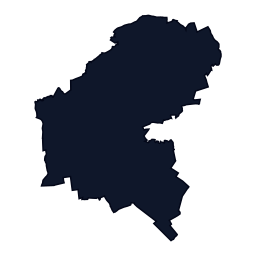 outline of Abram, Bihor, Romania
{"feature_id": "2599482B62874719700272", "entity_name": "Abram", "entity_type": "district", "adm_level": 2, "iso_a3": "ROU", "parent_name": "Romania", "parent_adm1": "Bihor", "projection": "albers", "projection_center": [22.416, 47.314], "detail": "fine", "context": "isolated", "style": "filled", "palette": "ink", "viewbox_px": 256, "rotation_deg": 0, "n_neighbors": 0, "source": "geoboundaries", "source_scale": "gbopen_adm2", "svg_char_len": 5656}
<svg xmlns="http://www.w3.org/2000/svg" viewBox="0 0 256 256"><path d="M177.2,234.5L169.9,225.6L171.4,224.1L169.3,220.3L177.6,215.6L180.0,213.9L180.0,212.3L179.2,211.1L178.4,210.7L182.3,196.2L187.1,189.0L187.8,188.0L188.4,187.7L188.8,186.7L182.6,181.1L175.9,176.7L178.3,173.0L170.7,168.1L175.6,160.8L175.4,160.5L173.8,152.8L173.5,151.4L173.2,150.8L173.2,150.4L173.4,150.1L173.9,149.9L174.2,149.6L174.2,149.4L173.5,148.7L173.3,148.3L173.3,147.7L173.5,147.2L173.5,146.5L173.0,144.6L173.2,144.3L173.0,142.4L171.0,139.9L170.3,140.2L169.7,141.1L168.8,141.7L168.3,141.6L167.4,141.0L165.1,140.4L164.6,140.5L164.4,140.7L164.3,141.2L164.6,142.2L164.5,142.6L164.3,142.8L164.0,143.0L163.6,142.9L163.0,142.4L161.5,142.2L161.0,142.0L160.7,141.6L160.0,143.2L159.5,143.4L159.1,143.3L158.3,142.8L158.5,141.5L157.0,141.1L156.8,141.1L156.0,142.3L155.4,142.4L155.0,141.8L154.9,141.6L154.9,140.2L155.1,139.8L154.8,139.6L152.8,139.4L151.9,139.4L151.4,140.0L150.3,140.7L149.2,140.9L149.0,141.0L148.8,142.3L148.4,142.6L148.0,142.6L146.3,141.7L144.9,141.2L147.0,140.1L145.4,138.5L143.9,135.9L146.2,132.9L148.6,129.7L148.9,129.1L145.8,129.3L144.1,130.1L142.5,127.0L144.6,126.0L149.4,124.1L150.1,123.7L150.2,123.2L151.5,122.4L153.2,122.2L157.8,122.9L159.1,122.8L160.4,122.9L162.3,123.3L163.5,120.1L164.8,120.3L164.9,119.9L167.8,119.5L170.7,118.2L171.5,118.4L170.5,115.8L170.9,115.4L170.9,115.0L175.8,115.0L175.9,115.8L175.8,116.6L175.6,117.1L175.6,117.7L175.8,118.0L176.2,117.3L177.2,116.8L178.4,115.9L178.9,114.7L179.2,113.8L181.8,111.7L182.4,110.8L182.2,110.0L182.2,108.0L181.8,107.4L181.5,106.2L182.3,105.8L184.8,105.3L186.1,104.7L191.3,104.1L195.4,103.7L197.8,103.8L198.9,104.2L199.4,103.4L199.5,102.1L200.2,99.4L194.6,100.0L193.3,99.4L193.3,98.6L195.6,91.0L208.2,86.9L206.7,82.1L206.2,79.9L204.4,75.6L206.5,73.4L207.4,75.4L208.3,74.4L211.0,70.0L211.7,70.2L211.5,68.8L210.8,66.8L211.5,65.3L212.4,64.6L212.9,65.4L212.9,66.0L213.1,66.1L215.5,63.8L216.3,64.9L216.8,65.1L218.4,65.0L218.9,64.5L219.3,63.6L220.2,58.9L221.0,56.5L221.0,54.0L220.5,52.2L220.6,51.8L219.9,50.5L219.5,50.1L218.8,49.8L218.4,49.3L218.3,48.5L218.8,47.5L218.9,45.8L218.8,45.2L218.9,44.4L218.6,43.6L217.0,41.7L215.1,40.4L213.4,38.3L212.3,35.7L211.1,33.9L210.7,33.1L210.2,30.7L209.9,30.1L207.9,26.8L197.1,32.0L194.1,22.9L190.6,23.2L188.5,24.3L187.8,25.5L186.3,27.4L185.9,29.8L185.1,27.9L184.1,27.2L183.1,26.1L180.2,24.5L178.1,22.5L176.8,21.6L177.2,20.8L174.3,20.2L174.0,19.8L173.4,19.6L172.9,19.7L172.7,20.5L172.4,20.6L172.2,21.4L167.0,23.0L167.0,21.7L166.8,20.6L167.0,19.4L166.8,17.5L164.3,17.5L162.3,17.2L162.3,17.6L160.7,17.1L156.8,17.2L153.2,16.3L152.2,16.3L148.7,15.4L148.1,15.4L145.7,15.8L142.5,15.9L142.0,16.5L139.9,17.6L137.1,20.9L136.3,21.5L134.8,22.0L131.3,23.8L130.1,24.1L129.0,24.1L124.8,25.2L123.9,25.6L121.8,26.8L118.0,28.0L117.1,28.5L115.0,30.2L113.6,32.0L115.3,33.6L114.2,34.8L114.0,35.4L114.9,36.8L113.7,36.8L111.9,37.5L111.5,37.2L110.9,37.8L111.4,38.2L111.4,38.4L111.1,39.2L110.5,40.0L114.4,42.5L115.1,43.0L116.0,42.4L116.3,42.6L117.3,43.3L117.3,42.1L117.5,41.9L118.0,42.0L118.1,44.5L117.2,44.5L115.9,44.9L115.3,46.2L114.8,46.5L113.6,46.7L112.8,46.6L112.8,47.1L112.3,47.2L112.5,47.7L111.5,49.3L110.0,50.5L107.5,51.9L105.1,53.1L103.7,53.1L102.0,52.8L102.0,53.4L101.6,53.8L101.7,54.1L100.2,54.7L99.6,55.5L95.1,59.2L94.3,59.4L94.1,59.6L94.1,60.1L91.5,61.6L90.6,61.7L90.7,62.0L90.0,61.6L89.2,61.8L89.4,62.1L89.2,62.4L88.3,63.2L87.6,64.0L87.5,63.9L86.7,64.6L87.0,65.0L86.7,65.6L86.7,66.4L86.8,66.9L86.5,67.5L86.6,68.4L85.7,70.4L85.6,70.7L86.0,71.4L85.8,71.7L85.8,72.1L85.0,72.9L85.0,73.3L85.3,73.5L83.3,73.9L82.9,74.3L82.5,76.0L81.8,76.4L79.7,77.3L75.7,78.8L72.5,80.2L70.7,80.4L70.8,90.0L67.6,92.3L65.2,94.1L64.8,94.1L64.4,94.0L63.3,93.1L62.4,91.6L61.7,91.6L60.5,90.0L59.7,88.6L59.1,88.0L58.8,87.8L58.4,87.9L58.0,88.2L53.1,97.2L52.8,97.3L52.4,97.1L52.3,96.3L51.9,95.6L51.2,95.6L51.0,95.8L50.2,95.6L50.0,95.9L50.1,96.2L49.8,96.7L48.9,96.8L48.5,96.5L48.2,96.5L47.6,96.8L47.1,96.9L46.8,97.3L46.0,97.5L45.2,98.3L44.4,97.8L44.0,97.9L43.9,98.3L43.4,98.5L43.0,98.9L43.0,99.1L43.1,99.7L43.4,100.1L43.4,100.3L43.1,100.5L42.9,100.6L42.7,100.1L42.2,99.8L41.9,99.9L41.7,100.5L41.4,100.6L41.1,100.2L40.9,99.6L40.6,99.4L39.9,99.3L39.7,99.6L39.9,99.8L39.8,100.1L39.2,100.2L38.8,100.0L37.7,100.0L37.7,100.3L38.3,100.8L38.0,101.4L37.3,101.6L37.1,101.9L35.5,101.5L35.3,101.6L35.0,102.0L35.1,102.4L35.6,104.4L35.3,107.9L35.3,108.5L35.6,109.6L36.4,111.4L36.8,113.1L37.0,116.0L37.0,116.6L36.4,117.5L39.6,118.7L40.8,119.3L41.4,119.8L41.8,120.3L42.6,121.6L43.1,123.3L43.1,124.2L42.4,128.0L42.4,128.6L42.9,131.5L42.9,132.4L42.5,138.5L42.9,138.5L42.7,140.4L43.1,150.7L45.7,149.9L45.8,150.4L46.1,152.3L46.4,153.4L46.1,154.9L45.6,155.9L45.6,156.6L45.1,156.5L44.8,158.3L44.7,160.2L45.3,161.2L45.6,162.3L46.3,163.6L46.4,164.3L46.4,165.7L47.3,170.6L47.9,172.0L48.1,173.9L46.7,176.1L45.7,177.0L43.2,180.0L43.0,180.5L42.6,183.1L41.7,185.1L41.5,185.9L54.0,185.4L55.3,184.9L64.1,182.8L63.5,180.6L63.2,177.5L70.5,176.5L72.3,190.3L78.1,189.5L79.1,198.7L82.5,197.5L82.0,199.4L82.7,199.3L84.7,199.5L85.4,199.4L87.6,199.3L88.3,197.9L96.3,198.3L97.9,197.6L98.4,197.6L98.8,198.9L99.4,199.2L99.5,199.8L100.0,199.5L100.4,197.7L104.5,196.0L104.9,197.1L106.5,199.8L107.2,200.7L109.0,202.7L109.5,203.3L110.2,205.0L110.3,206.3L110.9,207.1L112.4,210.5L113.4,211.8L113.7,212.4L114.4,212.1L115.1,212.0L117.0,210.6L118.5,209.3L119.2,209.0L123.8,207.1L127.4,206.1L130.4,205.0L130.7,204.7L130.9,204.0L131.0,203.3L131.2,202.7L134.3,203.1L134.2,203.5L134.5,204.1L137.1,206.6L156.3,221.3L153.8,223.5L171.0,240.6L172.0,239.9L173.4,239.3L173.6,239.1L174.7,237.2L176.6,235.6L177.0,235.0L177.2,234.5Z" fill="#0f172a" stroke="#020617" stroke-width="1.5"/></svg>